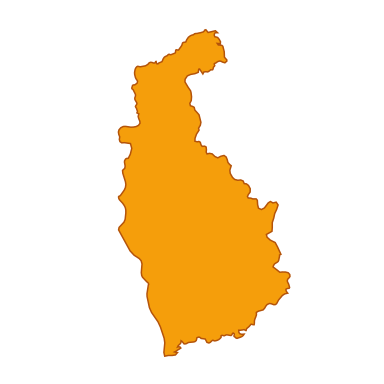 an SVG outline of Kédougou, rotated 76°
{"feature_id": "SEN-5515", "entity_name": "Kédougou", "entity_type": "Region", "adm_level": 1, "iso_a3": "SEN", "parent_name": "Senegal", "parent_adm1": "", "projection": "albers", "projection_center": [-12.553, 12.877], "detail": "fine", "context": "isolated", "style": "filled", "palette": "amber", "viewbox_px": 384, "rotation_deg": 76, "n_neighbors": 0, "source": "natural_earth", "source_scale": "10m", "svg_char_len": 5560}
<svg xmlns="http://www.w3.org/2000/svg" viewBox="0 0 384 384"><g transform="rotate(76 192 192)"><path d="M274.0,120.8L274.3,122.3L275.5,122.6L279.2,124.4L280.2,125.2L280.7,126.2L281.6,129.0L282.2,129.9L283.9,131.3L284.6,131.4L285.4,130.6L291.1,126.2L291.5,123.5L292.3,120.6L293.6,118.2L295.7,117.1L297.7,117.4L298.7,118.5L299.5,119.9L300.8,120.9L302.1,121.1L304.8,120.5L308.3,120.4L308.9,121.0L308.7,123.0L309.1,124.4L310.6,124.6L312.3,124.1L313.3,123.6L313.3,126.7L314.3,129.4L317.7,134.1L320.8,136.9L321.4,138.2L321.2,139.8L319.5,142.3L318.9,143.9L319.4,146.4L320.7,148.1L322.3,149.6L323.6,151.5L323.7,156.4L324.4,158.7L326.8,159.2L328.7,160.4L330.3,161.6L332.1,162.6L334.3,163.2L335.8,163.8L335.6,164.8L334.9,165.8L334.6,166.7L336.5,169.4L337.3,171.1L337.8,172.0L338.3,172.4L339.5,173.0L339.3,173.6L338.6,174.2L338.1,174.8L338.1,176.0L337.8,178.7L337.4,180.1L339.6,180.5L341.1,179.9L342.1,178.2L342.5,175.8L343.6,177.0L344.3,178.5L344.6,180.1L344.9,183.7L344.4,184.6L343.5,185.1L342.4,186.1L341.8,186.1L340.9,185.6L339.9,185.3L339.0,185.8L338.9,186.7L339.6,187.4L340.4,188.1L340.7,188.9L340.1,190.3L339.4,191.8L338.9,193.2L339.3,195.5L339.1,196.1L338.7,196.7L338.3,197.5L338.4,198.4L338.9,198.7L339.6,198.8L339.9,198.9L340.1,199.0L340.6,199.7L341.2,200.7L341.7,201.8L342.0,203.3L342.1,205.0L341.8,206.5L340.9,207.5L340.9,208.1L342.3,210.7L342.6,212.1L341.5,213.9L339.6,214.3L337.8,214.8L336.3,218.6L335.2,219.3L334.4,220.4L334.5,222.4L335.1,222.8L336.1,223.2L337.2,223.9L337.9,225.4L337.9,226.8L337.2,231.3L337.3,232.8L337.7,233.7L337.8,234.8L337.5,236.4L334.7,237.7L333.7,238.6L335.2,239.1L336.2,239.8L337.8,242.6L338.9,243.5L338.8,242.5L339.6,241.0L340.7,240.6L341.5,242.8L341.8,244.0L342.7,246.3L343.0,247.6L344.0,245.8L344.3,245.0L346.1,247.5L345.8,250.8L344.9,254.5L344.7,258.2L340.9,258.1L331.8,254.9L327.2,254.4L315.4,255.3L309.7,256.4L299.1,260.4L293.9,261.3L282.6,260.9L279.8,260.3L271.5,256.8L271.3,256.5L271.0,256.4L270.1,256.4L269.5,256.6L268.0,257.7L262.8,260.6L260.9,261.0L258.0,260.7L249.7,257.9L246.3,258.0L243.8,259.3L239.3,263.5L234.2,266.3L211.0,272.4L208.7,271.3L204.8,265.3L202.4,263.5L196.4,261.3L193.5,260.6L191.1,260.5L188.8,261.0L186.1,262.0L182.1,264.2L181.1,264.5L180.9,264.6L179.0,264.5L178.5,264.0L178.4,263.0L177.6,261.7L173.8,257.3L171.5,255.5L168.8,254.4L166.0,254.1L157.1,254.6L154.3,254.2L153.5,253.0L152.9,251.6L150.7,250.6L146.6,250.3L145.3,249.8L143.9,248.4L143.6,247.2L143.8,246.3L143.9,245.7L140.4,242.7L135.1,239.9L130.1,240.0L127.8,245.6L127.3,248.3L125.7,249.7L123.5,249.8L121.0,248.8L118.4,249.1L116.0,248.9L114.0,247.8L112.4,245.5L111.8,242.8L112.3,240.5L114.3,235.7L114.8,233.3L115.0,230.4L114.4,227.8L112.7,225.8L110.6,225.5L108.2,225.9L105.7,226.0L103.2,224.7L101.9,226.3L100.8,225.5L99.9,225.4L99.0,225.6L97.7,225.6L96.0,226.1L95.4,226.2L94.8,225.8L93.5,224.4L92.7,224.0L91.7,224.1L89.4,224.8L88.2,225.0L87.0,224.8L85.3,223.7L84.1,223.3L82.9,223.4L78.8,224.3L78.2,224.5L77.8,224.9L77.5,225.2L76.7,225.3L76.0,225.0L74.8,224.2L74.2,223.9L73.7,223.8L73.8,223.8L74.2,221.6L73.1,218.9L71.3,218.0L70.5,218.2L69.8,218.5L68.7,218.9L67.3,219.2L64.1,219.2L62.4,218.9L60.9,218.3L59.1,217.4L58.1,216.6L57.2,215.4L56.9,214.6L57.1,213.8L57.7,212.6L58.0,211.9L58.3,206.7L58.1,205.9L57.8,205.0L57.4,203.8L56.5,202.7L56.2,201.7L56.1,200.9L56.3,200.2L56.6,199.5L57.4,198.3L57.7,197.7L57.8,196.9L57.4,196.3L56.7,195.8L56.6,195.3L57.1,195.2L57.8,195.3L58.6,195.2L59.2,195.0L59.4,194.0L58.8,193.0L58.3,189.7L57.7,189.1L55.9,187.8L54.6,186.4L54.1,185.2L53.7,183.0L53.0,182.0L52.8,181.3L52.9,180.7L53.4,180.1L53.7,179.3L53.1,174.9L52.8,174.5L52.2,174.1L51.4,173.9L50.5,173.5L50.2,173.0L50.4,172.3L50.7,171.7L51.0,170.9L50.7,170.3L49.7,169.3L48.7,168.0L47.2,166.4L45.1,165.1L44.8,164.4L44.8,163.5L44.9,162.7L44.9,161.7L44.3,161.2L43.7,160.9L42.9,160.2L41.0,158.1L40.1,156.0L39.8,154.7L39.7,152.4L39.1,151.3L39.1,150.4L39.2,149.6L39.4,148.8L39.4,146.6L39.5,145.5L39.4,142.5L39.0,141.6L38.6,140.9L38.0,140.6L37.9,139.3L41.1,137.8L41.2,130.3L43.6,128.7L43.1,131.0L43.9,132.0L45.5,132.5L46.9,132.3L47.7,130.6L48.3,129.7L50.4,128.7L53.1,128.0L54.9,128.6L53.9,131.6L55.7,130.9L56.9,127.6L58.1,126.8L63.7,126.8L69.0,127.9L70.7,127.1L72.1,126.3L73.4,126.5L74.6,128.8L73.3,131.0L72.2,132.2L71.6,133.4L71.7,135.6L72.2,136.7L72.6,137.7L72.7,138.9L73.1,139.5L74.2,139.4L75.0,139.4L75.4,139.9L75.8,140.7L76.7,141.3L77.7,141.8L78.3,142.3L78.4,143.0L77.9,144.3L78.7,145.7L79.3,147.6L78.6,149.6L78.4,151.4L80.1,152.9L74.5,154.9L74.5,155.8L77.4,157.0L77.9,160.5L77.6,164.8L78.2,168.4L80.9,171.4L83.5,172.2L89.5,170.4L93.5,168.9L95.5,168.9L99.5,169.4L103.1,170.6L105.5,172.7L107.9,172.7L109.2,170.6L110.4,169.4L113.2,169.4L116.4,167.7L118.8,166.5L126.5,166.5L129.3,167.8L131.7,170.2L133.7,170.2L136.9,173.6L140.5,176.0L143.4,176.9L144.6,174.8L144.6,173.1L145.8,171.9L148.2,171.9L150.2,171.1L150.6,168.6L151.8,167.4L154.6,167.8L156.7,168.6L158.7,168.2L158.7,165.7L159.9,163.2L163.1,161.2L165.1,158.7L164.3,155.4L164.3,152.1L166.3,150.4L169.1,150.0L172.0,150.0L174.4,148.8L176.0,147.6L178.0,148.8L180.0,150.0L183.2,150.4L187.6,149.2L190.1,147.6L191.7,144.7L192.1,141.8L193.7,139.7L196.5,139.3L197.3,137.2L199.3,135.6L202.9,134.7L206.1,135.6L208.1,138.0L209.8,139.3L211.4,138.9L212.2,136.4L213.4,134.7L214.2,131.4L215.8,130.6L220.2,131.4L223.8,131.4L225.8,128.9L225.0,125.6L221.0,120.7L220.2,118.2L222.2,116.1L222.2,112.8L225.4,111.6L229.4,114.1L233.0,117.0L237.1,119.0L241.1,121.5L245.9,122.7L249.5,123.9L250.3,126.8L251.2,130.1L254.0,130.1L257.6,127.7L261.2,123.5L266.0,122.3L274.0,120.8Z" fill="#f59e0b" stroke="#b45309" stroke-width="1.5"/></g></svg>